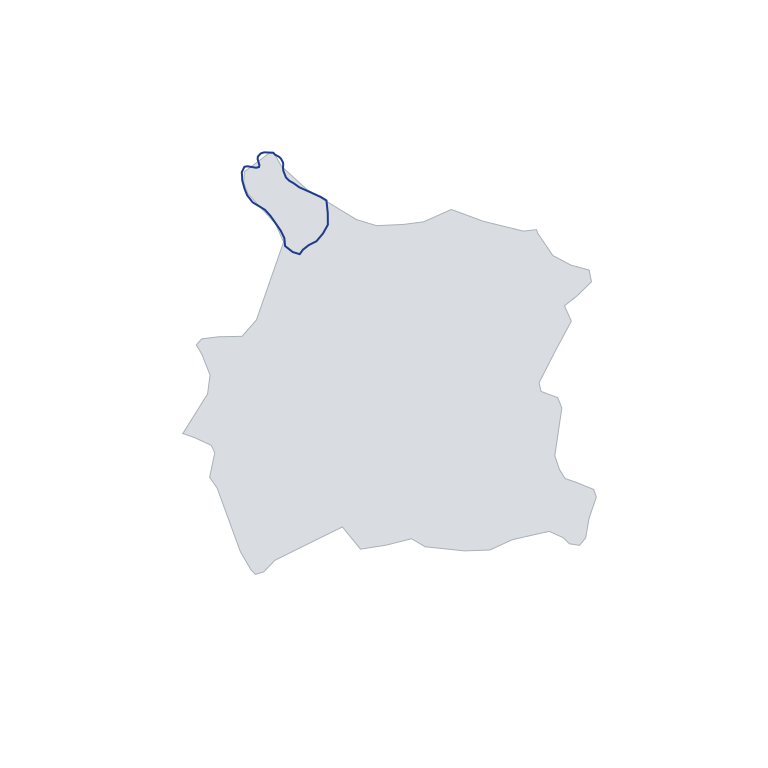 Dragaš on a map of Kosovo (Albers equal-area conic projection), rotated 135°
{"feature_id": "KOS-5909", "entity_name": "Dragaš", "entity_type": "District", "adm_level": 1, "iso_a3": "XKX", "parent_name": "Kosovo", "parent_adm1": "", "projection": "albers", "projection_center": [20.657, 41.99], "detail": "fine", "context": "in_parent", "style": "outline", "palette": "blue", "viewbox_px": 768, "rotation_deg": 135, "n_neighbors": 0, "source": "natural_earth", "source_scale": "10m", "svg_char_len": 1632}
<svg xmlns="http://www.w3.org/2000/svg" viewBox="0 0 768 768"><g transform="rotate(135 384 384)"><path d="M240.9,285.8L273.5,275.2L278.2,267.7L270.8,251.5L275.2,241.3L314.0,212.5L320.4,199.4L322.8,189.1L317.5,178.2L310.3,161.1L313.8,153.9L333.9,144.1L350.2,132.6L359.8,131.7L365.9,139.9L365.9,148.4L371.3,162.9L383.3,170.6L403.4,183.2L426.6,191.8L445.0,209.0L470.0,239.8L473.9,255.1L496.5,268.6L517.4,283.8L514.5,312.4L585.8,336.5L601.9,336.2L609.6,340.4L609.4,346.9L604.1,367.0L575.5,428.6L573.2,441.4L552.3,455.0L549.5,462.7L555.7,479.6L561.3,491.4L560.9,491.3L515.8,501.7L500.6,513.4L491.8,533.8L489.0,544.4L481.0,544.8L467.6,534.4L450.7,518.1L428.9,519.5L354.6,555.4L347.3,574.2L345.7,614.8L340.6,625.8L332.6,632.8L301.8,628.4L298.5,625.7L302.6,610.2L301.0,576.1L287.2,519.7L277.3,501.2L257.1,482.8L241.3,470.7L213.0,459.8L198.7,428.8L177.3,393.5L167.0,385.3L168.7,381.9L173.8,355.4L167.8,336.0L158.4,319.5L165.0,309.6L184.8,309.8L201.1,311.7L207.1,296.0L240.9,285.8Z" fill="#d9dde1" stroke="#a8b0b8" stroke-width="1"/><path d="M298.8,625.9L298.9,623.3L297.6,618.9L297.5,616.3L298.8,612.0L300.4,610.1L302.3,608.6L304.5,605.8L307.3,599.3L307.3,594.8L306.0,590.1L304.8,583.0L296.5,561.1L294.9,554.5L303.0,544.5L311.1,536.3L320.6,533.6L330.8,532.7L338.9,535.4L346.4,536.3L351.8,535.4L355.2,541.8L356.4,551.5L351.2,557.8L348.6,565.5L345.4,583.1L345.0,591.2L347.6,602.0L348.4,605.4L347.5,612.7L347.4,614.0L344.6,620.6L340.2,628.3L337.8,630.9L334.8,634.3L329.1,636.3L326.5,634.4L321.5,627.3L319.0,625.8L317.3,626.9L314.4,632.3L312.4,634.0L308.1,634.2L304.9,632.5L298.8,625.9Z" fill="none" stroke="#1e3a8a" stroke-width="2"/></g></svg>